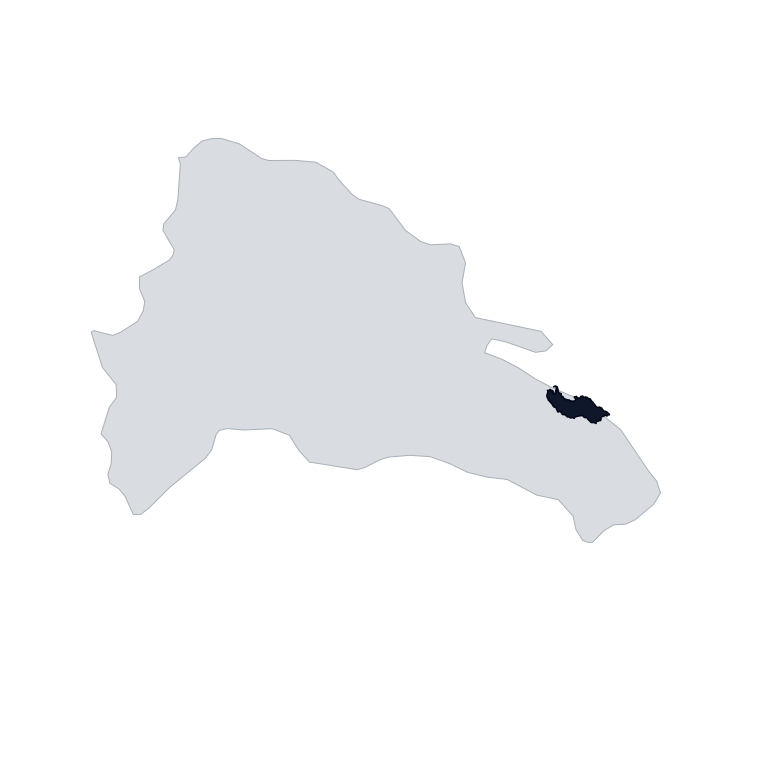 Miches, El Seybo, Dominican Republic (highlighted), rotated 16°
{"feature_id": "3306468B50398630049357", "entity_name": "Miches", "entity_type": "district", "adm_level": 2, "iso_a3": "DOM", "parent_name": "Dominican Republic", "parent_adm1": "El Seybo", "projection": "mercator", "projection_center": [-69.004, 18.966], "detail": "fine", "context": "in_parent", "style": "filled", "palette": "ink", "viewbox_px": 768, "rotation_deg": 16, "n_neighbors": 0, "source": "geoboundaries", "source_scale": "gbopen_adm2", "svg_char_len": 6650}
<svg xmlns="http://www.w3.org/2000/svg" viewBox="0 0 768 768"><g transform="rotate(16 384 384)"><path d="M125.7,509.9L126.4,481.9L130.7,470.5L126.7,458.5L108.9,445.8L97.9,429.4L88.2,414.8L90.4,412.7L109.8,412.1L116.7,406.7L129.8,391.8L132.4,379.8L131.3,370.7L122.8,359.9L119.4,348.4L130.0,338.4L143.7,323.8L145.6,318.2L145.3,312.7L129.2,297.3L128.2,290.7L135.6,274.0L134.9,262.9L127.5,228.3L123.9,223.2L131.1,220.3L135.8,210.0L142.0,200.8L150.3,195.8L159.7,192.8L178.5,193.0L204.4,201.0L211.7,200.9L236.6,193.6L257.3,189.6L276.7,194.2L284.6,200.4L300.6,210.3L308.6,213.3L334.0,213.1L340.9,214.1L362.2,230.4L380.1,237.0L390.5,237.3L409.2,231.0L418.4,231.1L429.0,245.2L431.1,265.2L440.0,283.4L453.5,295.0L520.5,290.1L535.4,299.7L530.3,307.6L520.9,311.8L489.0,309.9L475.1,310.9L472.3,318.8L472.2,326.1L490.9,327.8L509.1,331.5L527.7,337.3L546.7,341.3L568.0,343.9L588.9,348.2L623.9,362.5L662.6,395.0L673.0,402.3L679.8,412.5L676.5,425.0L662.7,445.5L654.9,452.1L643.5,456.1L635.7,464.5L628.1,478.8L623.5,480.0L618.1,479.5L608.8,471.3L602.2,458.9L583.5,447.2L561.3,448.7L528.7,441.8L508.9,445.1L489.1,445.9L468.8,442.4L448.5,441.1L428.2,445.5L408.5,453.0L401.2,457.8L388.6,469.5L381.8,473.8L333.9,479.6L320.1,471.1L307.3,459.4L288.8,457.8L262.1,466.8L245.4,470.1L238.5,474.0L236.6,478.4L236.5,494.8L232.7,504.7L206.7,542.1L192.0,568.5L185.9,576.6L178.9,578.4L166.1,563.3L157.9,557.8L147.8,555.0L143.5,547.0L143.7,535.5L141.0,524.4L134.7,515.7L125.7,509.9Z" fill="#d9dde1" stroke="#a8b0b8" stroke-width="1"/><path d="M609.1,350.7L609.1,350.8L608.9,350.8L608.8,350.7L608.4,350.7L608.0,350.5L607.8,350.3L607.6,350.3L607.2,350.1L606.9,350.0L606.6,349.8L606.4,349.7L606.0,349.4L605.5,349.4L605.3,349.3L605.1,349.3L604.9,349.4L604.7,349.4L604.4,349.2L604.0,349.2L603.7,349.4L603.2,349.5L603.1,349.4L602.8,349.3L602.7,349.2L602.3,349.0L602.1,349.0L601.8,348.8L601.8,348.7L601.4,348.6L601.3,348.4L600.9,348.3L600.6,347.9L600.3,347.8L600.3,347.7L600.1,347.5L600.1,347.4L599.9,347.3L599.8,347.1L599.6,347.0L599.1,347.0L599.0,346.9L598.0,346.9L597.2,346.8L597.0,347.0L596.9,347.3L596.3,347.6L595.0,347.6L594.8,347.5L594.4,347.4L594.0,347.1L593.9,347.1L593.5,346.9L593.4,346.7L593.2,346.7L592.9,346.3L592.9,346.2L592.6,346.1L592.4,346.0L592.3,345.8L591.9,345.6L591.5,345.3L591.3,345.1L591.0,345.0L591.0,344.9L590.8,344.8L590.7,344.7L590.3,344.5L590.2,344.3L590.0,344.2L589.9,344.2L589.7,344.0L589.3,343.7L588.3,343.2L588.0,342.9L587.9,342.9L587.6,342.6L587.4,342.4L587.2,342.2L586.9,342.1L586.6,341.7L586.2,341.5L585.9,341.5L585.8,341.4L585.5,341.5L585.4,341.6L584.5,341.6L584.2,341.4L583.6,341.3L583.4,341.1L582.9,340.9L582.7,340.9L582.4,340.9L581.9,340.9L581.7,340.9L581.4,340.8L581.2,340.9L581.2,341.0L580.9,341.2L580.7,341.5L580.4,341.8L579.9,341.7L579.3,341.5L579.2,341.4L579.0,341.2L578.8,341.0L578.4,341.0L578.1,340.9L577.9,341.1L577.5,341.4L577.1,341.4L576.6,341.7L576.6,341.9L576.4,341.9L576.4,342.0L576.6,342.3L576.6,342.5L576.5,342.9L576.4,342.9L576.3,343.3L575.9,343.5L575.6,343.8L575.3,343.8L574.3,343.9L574.0,343.8L573.6,343.8L573.1,343.6L573.0,343.4L572.8,343.4L572.6,343.1L572.4,342.9L571.9,343.2L571.9,343.3L571.7,343.3L571.4,343.5L571.2,343.5L570.7,343.7L570.6,343.8L570.6,344.0L570.7,344.3L570.9,344.4L570.9,344.5L571.0,344.7L571.3,344.9L571.6,344.9L571.7,345.1L571.8,345.1L572.0,345.4L572.1,345.5L572.3,345.7L572.4,346.0L572.6,346.2L572.6,346.6L572.4,347.1L572.1,347.5L571.9,347.6L571.9,347.8L571.6,347.8L571.5,348.0L571.1,348.2L570.7,348.3L570.2,348.4L570.2,348.5L569.9,348.5L569.4,348.6L569.2,348.7L568.9,348.7L568.3,348.7L568.3,348.8L567.9,348.7L567.4,348.7L566.8,348.6L566.6,348.3L566.2,348.3L566.0,348.5L565.8,348.6L564.8,348.6L564.7,348.7L563.4,348.6L563.0,348.7L563.0,348.8L562.8,348.9L562.7,348.8L562.4,348.6L562.1,348.5L561.9,348.3L561.6,348.5L561.0,348.5L561.0,348.4L560.7,348.3L560.6,348.0L560.4,348.0L560.2,347.8L560.2,347.7L559.8,347.2L559.7,347.2L559.5,346.8L559.3,346.8L559.3,347.1L559.1,347.1L558.5,346.8L558.2,346.7L557.9,346.5L557.5,346.4L557.4,345.9L557.4,345.6L557.1,345.3L557.2,344.8L557.0,344.4L556.4,344.3L556.0,344.4L555.9,344.5L555.5,344.5L555.3,344.5L555.1,344.3L554.9,344.4L554.6,344.2L554.4,344.2L554.2,344.0L554.2,343.9L553.9,343.5L553.6,343.3L553.6,343.0L553.4,342.9L553.3,342.7L553.2,342.6L553.1,342.2L553.0,341.9L552.8,341.4L552.7,341.3L552.7,341.0L551.8,340.1L551.8,339.9L551.4,339.5L551.4,339.1L551.2,339.0L550.8,339.0L550.7,338.9L550.4,338.9L550.0,338.8L550.0,338.7L549.8,338.7L549.8,338.8L549.3,338.7L549.2,338.9L548.9,338.9L548.5,339.3L548.3,339.4L547.9,339.9L548.0,340.0L548.2,339.9L548.4,339.6L548.7,339.4L549.2,339.4L549.9,339.3L550.2,339.5L550.4,339.8L550.9,340.7L550.9,341.1L551.0,341.4L550.9,341.9L550.9,342.8L551.0,342.8L550.9,343.0L551.1,343.3L551.0,343.7L551.1,343.8L551.1,344.8L550.9,345.4L550.7,345.8L550.4,346.0L550.3,346.4L550.2,346.4L550.1,346.6L549.9,346.7L549.5,346.7L548.9,346.5L548.6,346.2L548.4,345.8L548.6,345.6L548.8,345.5L548.9,345.4L548.9,345.0L548.8,344.9L548.5,344.9L548.3,344.9L548.2,344.5L548.1,344.3L548.2,344.2L547.8,344.0L547.5,344.3L547.3,344.2L547.1,344.1L546.9,344.0L546.6,344.0L546.4,344.2L546.3,344.3L546.0,344.5L545.4,344.6L544.7,344.8L543.9,345.0L543.6,344.9L543.0,345.1L543.6,346.1L543.7,346.5L543.7,349.5L543.7,350.2L543.8,350.6L544.4,351.7L545.7,353.1L546.3,354.0L546.5,354.2L548.1,355.1L549.0,355.8L550.6,356.6L552.5,358.4L553.6,359.2L555.3,359.3L555.7,359.4L556.0,359.5L556.5,360.1L556.8,360.8L557.1,361.2L558.5,362.6L558.9,362.9L559.1,363.0L559.3,362.9L560.3,361.9L560.7,361.8L560.9,361.8L561.2,361.9L561.9,362.5L562.6,362.9L563.5,363.8L563.9,364.1L564.6,364.1L565.6,363.7L566.5,363.7L569.3,365.1L569.6,365.0L570.2,364.8L570.6,364.7L571.1,364.8L571.8,365.1L572.6,365.2L573.1,365.0L574.4,364.4L574.8,364.3L575.3,364.3L575.9,364.6L576.2,364.6L576.4,364.4L576.5,363.8L576.9,362.9L577.2,362.5L577.5,362.4L578.3,362.1L579.3,361.5L582.1,360.1L582.7,359.9L583.8,359.9L584.4,360.0L584.7,360.2L585.4,360.8L586.0,360.9L586.8,360.9L587.7,360.5L588.4,360.5L588.7,360.8L589.8,361.8L592.2,363.0L593.0,363.6L593.5,363.8L594.2,363.9L594.8,363.8L595.0,363.7L595.5,363.1L595.8,363.0L596.9,363.4L598.6,363.4L598.5,362.8L598.5,362.3L598.6,362.0L598.8,361.6L599.3,361.2L600.1,360.7L601.2,359.8L602.1,359.5L602.3,359.3L602.3,358.7L602.3,357.7L601.9,356.5L602.0,356.1L602.2,355.8L603.0,355.0L603.8,354.6L604.1,354.4L604.5,353.9L604.8,353.3L605.1,353.0L605.6,352.9L606.2,353.2L606.6,353.3L607.0,353.3L607.3,353.2L607.5,352.9L607.5,352.6L607.2,351.8L607.2,351.6L607.3,351.3L607.5,351.1L608.4,351.7L608.8,351.8L609.0,351.7L609.1,350.7ZM545.2,343.4L545.0,343.5L544.8,343.7L544.8,343.8L545.2,343.8L545.9,343.7L545.5,343.5L545.2,343.4Z" fill="#0f172a" stroke="#020617" stroke-width="1.5"/></g></svg>